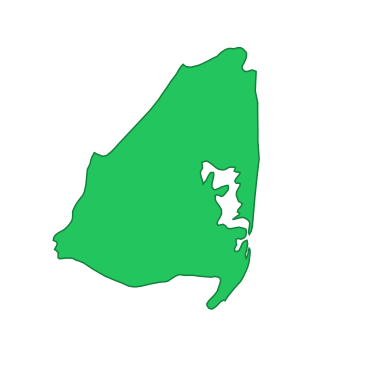 the district of Ndougou, Ogooué-Maritime, Gabon, rotated 223°
{"feature_id": "22940354B74005862204828", "entity_name": "Ndougou", "entity_type": "district", "adm_level": 2, "iso_a3": "GAB", "parent_name": "Gabon", "parent_adm1": "Ogooué-Maritime", "projection": "equal_earth", "projection_center": [10.09, -2.451], "detail": "fine", "context": "isolated", "style": "filled", "palette": "green", "viewbox_px": 384, "rotation_deg": 223, "n_neighbors": 0, "source": "geoboundaries", "source_scale": "gbopen_adm2", "svg_char_len": 3681}
<svg xmlns="http://www.w3.org/2000/svg" viewBox="0 0 384 384"><g transform="rotate(223 192 192)"><path d="M285.6,279.3L285.6,275.9L284.9,271.7L283.9,268.0L283.4,263.9L282.9,258.7L282.0,253.5L281.2,248.3L280.4,242.4L279.5,237.2L278.9,229.9L278.4,223.0L278.4,213.0L278.5,180.5L278.5,175.7L278.4,172.7L278.4,167.5L278.9,163.4L279.4,160.4L281.3,157.5L283.7,156.4L287.5,154.8L289.6,154.4L290.3,154.2L289.5,151.3L288.8,148.8L287.5,145.8L285.9,143.5L285.0,140.7L284.0,137.3L281.5,134.0L274.8,125.3L272.6,121.8L270.8,118.6L269.7,115.3L269.3,110.7L269.0,107.5L268.3,103.4L267.4,100.0L266.1,96.6L264.8,95.0L263.0,93.2L261.0,90.5L260.0,87.7L259.6,84.2L259.5,81.0L259.9,77.1L261.0,73.6L261.9,71.0L262.5,67.1L262.0,64.4L260.5,62.0L258.9,62.5L257.5,63.1L256.2,63.0L254.7,61.3L253.3,56.2L251.5,56.6L248.4,56.4L246.9,54.6L245.1,52.6L243.4,52.8L241.4,55.0L239.1,57.7L238.3,58.5L236.0,60.7L233.5,62.3L230.2,63.1L227.6,64.5L222.6,66.3L212.1,68.0L198.1,71.2L193.3,73.0L186.9,75.3L182.5,77.2L174.3,80.0L171.1,82.0L168.4,84.3L165.1,88.3L159.8,96.3L153.4,104.9L150.4,108.1L148.9,110.4L147.9,114.5L147.1,117.7L145.7,121.7L144.5,123.3L140.3,126.2L135.0,131.3L131.8,133.7L129.6,135.1L127.3,136.9L125.2,138.6L122.3,140.9L120.0,142.7L119.2,143.8L117.6,145.9L115.0,147.5L112.8,148.0L111.0,147.2L109.8,145.3L108.8,143.4L107.4,140.1L105.9,136.9L105.4,132.8L105.4,128.1L105.5,124.3L105.0,120.6L103.6,119.2L100.6,118.5L98.1,119.5L97.1,121.1L96.3,125.5L96.3,128.0L96.2,131.9L95.2,134.3L93.7,135.0L94.6,140.0L95.3,149.6L95.5,160.0L96.6,164.8L97.9,169.0L99.5,173.5L100.8,176.5L103.0,180.5L104.6,182.5L106.5,185.1L108.1,187.2L110.3,189.4L111.9,189.8L110.9,187.8L109.1,185.4L107.7,182.3L107.0,180.4L108.4,180.8L110.6,183.0L112.3,186.6L114.1,189.3L115.9,192.0L118.8,194.2L120.0,191.9L120.2,189.0L119.2,186.1L117.7,181.7L118.4,179.1L120.5,178.1L122.1,179.2L123.0,181.8L123.3,183.8L125.3,185.1L127.6,187.6L126.6,189.4L123.9,190.9L122.6,193.8L122.7,196.4L124.1,198.7L126.5,201.2L128.3,201.3L133.5,198.4L135.9,195.3L139.1,191.1L141.8,189.5L144.5,190.2L147.3,189.5L148.6,187.6L150.0,185.6L152.0,185.8L153.3,188.1L154.1,192.0L155.5,196.2L158.5,199.2L161.9,200.2L164.3,200.7L167.8,201.4L170.2,202.7L172.3,204.9L172.1,206.8L170.3,207.9L167.5,208.7L166.6,210.6L166.7,214.4L167.1,218.3L168.6,220.4L170.2,221.4L171.4,220.0L173.8,215.9L174.9,213.0L176.4,209.6L178.1,208.7L181.0,209.4L183.3,212.0L185.1,215.3L187.5,219.1L189.6,220.9L191.7,218.9L191.1,215.1L189.7,210.7L189.4,205.4L191.2,206.9L195.4,209.2L198.0,210.9L199.9,213.1L200.4,216.4L201.8,217.8L205.0,220.2L203.2,223.9L201.5,225.0L199.2,225.5L194.9,226.0L191.0,226.2L188.1,226.8L185.7,228.3L183.7,230.0L182.5,232.7L181.7,235.5L179.3,237.8L177.7,239.4L176.6,239.3L175.4,236.0L173.2,236.8L170.5,239.0L169.7,238.8L169.2,235.9L169.0,232.3L168.2,229.2L166.1,228.5L165.3,228.9L162.8,231.0L161.3,229.7L160.9,227.7L160.2,224.6L159.2,222.1L157.2,219.7L154.6,218.4L151.6,216.9L149.9,217.3L147.1,217.8L146.4,214.8L146.3,210.5L145.1,208.3L142.6,209.0L142.1,207.4L142.8,204.5L143.5,199.4L141.1,203.1L139.5,205.7L137.2,208.4L132.8,209.7L128.8,209.1L126.3,205.6L123.2,201.0L121.1,200.0L121.8,203.4L124.2,207.7L130.5,215.8L142.6,231.2L156.0,249.0L165.5,262.0L178.7,274.3L184.9,281.0L196.6,293.2L205.0,302.2L214.8,309.2L227.3,323.9L229.6,323.1L231.4,322.2L232.5,320.0L233.8,317.7L235.7,316.3L237.8,316.1L239.9,316.8L241.2,318.3L242.0,322.0L243.6,326.5L244.6,328.3L247.0,330.9L248.6,331.2L252.1,331.4L254.6,330.8L256.8,329.0L258.1,326.8L259.2,325.1L260.8,324.0L262.8,322.3L263.8,320.8L265.0,317.7L266.0,313.5L266.2,308.1L267.8,304.3L269.6,298.9L271.7,293.4L273.4,289.5L275.6,286.1L277.6,282.9L279.6,281.2L282.2,279.5L285.6,279.3Z" fill="#22c55e" stroke="#15803d" stroke-width="1.5"/></g></svg>